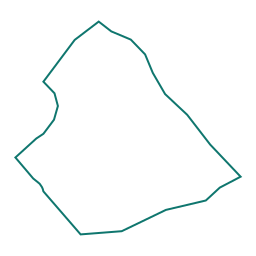 Brda, Albers equal-area conic projection
{"feature_id": "SVN-1024", "entity_name": "Brda", "entity_type": "Municipality", "adm_level": 1, "iso_a3": "SVN", "parent_name": "Slovenia", "parent_adm1": "", "projection": "albers", "projection_center": [13.525, 46.021], "detail": "fine", "context": "isolated", "style": "outline", "palette": "teal", "viewbox_px": 256, "rotation_deg": 0, "n_neighbors": 0, "source": "natural_earth", "source_scale": "10m", "svg_char_len": 461}
<svg xmlns="http://www.w3.org/2000/svg" viewBox="0 0 256 256"><path d="M15.4,157.5L36.3,138.5L43.4,133.8L54.0,119.7L57.9,106.0L54.5,93.3L43.4,81.7L74.7,39.9L98.7,21.6L111.3,31.4L130.8,39.6L145.1,54.4L152.8,72.9L165.1,94.1L187.2,114.8L210.2,144.6L240.6,176.7L219.8,187.6L206.8,199.6L205.8,200.5L165.9,209.9L121.7,231.2L80.6,234.4L43.4,191.4L42.8,189.1L42.0,187.2L40.8,185.4L39.6,183.7L33.2,178.5L15.4,157.5Z" fill="none" stroke="#0f766e" stroke-width="2"/></svg>